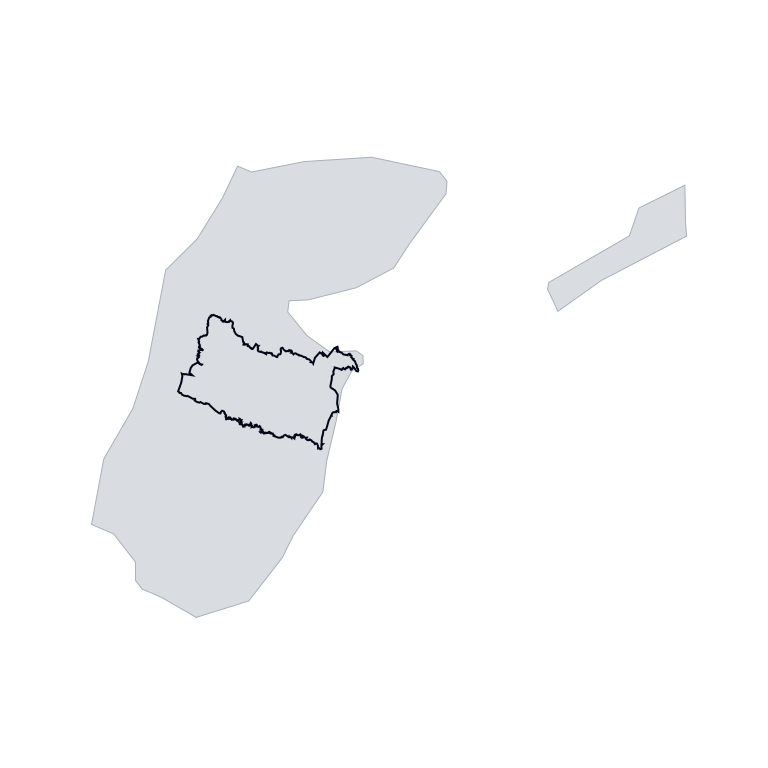 Ramallah & Al Bireh, West Bank, Palestine shown in context, rotated 197°
{"feature_id": "87354302B37341560226836", "entity_name": "Ramallah & Al Bireh", "entity_type": "district", "adm_level": 2, "iso_a3": "PSE", "parent_name": "Palestine", "parent_adm1": "West Bank", "projection": "orthographic", "projection_center": [35.194, 31.945], "detail": "fine", "context": "in_parent", "style": "outline", "palette": "ink", "viewbox_px": 768, "rotation_deg": 197, "n_neighbors": 0, "source": "geoboundaries", "source_scale": "gbopen_adm2", "svg_char_len": 6817}
<svg xmlns="http://www.w3.org/2000/svg" viewBox="0 0 768 768"><g transform="rotate(197 384 384)"><path d="M622.6,164.1L630.1,230.4L617.0,287.1L616.0,336.8L626.1,429.0L605.0,468.3L592.9,514.6L587.7,549.5L572.6,548.0L525.3,573.4L462.3,597.2L392.9,603.3L383.0,596.2L380.3,584.1L400.7,525.4L408.6,497.8L438.6,468.0L481.1,442.3L499.1,435.8L497.1,424.7L471.7,407.7L445.3,398.8L420.2,407.6L412.4,404.9L409.8,397.3L418.6,386.8L422.7,367.1L418.9,334.1L416.3,293.9L410.9,262.9L426.5,212.4L430.4,188.4L449.9,137.0L495.4,105.9L534.6,114.9L555.3,117.2L564.0,123.2L569.7,141.1L598.7,161.6L622.6,164.1ZM238.9,504.4L255.5,522.7L256.0,529.4L192.6,597.5L191.7,626.8L154.4,662.1L142.9,626.7L137.9,613.9L206.3,546.7L238.9,504.4Z" fill="#d9dde1" stroke="#a8b0b8" stroke-width="1"/><path d="M578.7,316.7L578.0,316.6L576.9,315.7L575.5,316.1L574.3,314.9L571.6,314.3L570.5,314.6L569.4,314.5L568.4,315.2L562.7,314.0L560.3,314.6L560.1,314.1L560.3,312.9L558.0,312.2L555.0,312.2L554.2,313.1L550.4,312.3L548.7,312.8L548.8,313.5L548.1,313.7L545.4,313.6L543.8,312.4L537.0,309.1L532.7,307.8L531.8,308.1L531.9,309.1L531.1,311.1L529.2,311.0L527.9,310.0L528.0,309.5L527.6,309.4L527.1,308.5L525.9,308.1L525.7,307.2L526.0,306.4L525.5,305.8L525.2,306.0L524.8,305.5L524.8,304.1L524.6,304.0L523.4,305.0L522.1,305.4L523.4,306.2L523.0,306.5L522.6,306.1L522.5,306.6L521.1,306.3L521.1,306.8L519.6,305.9L519.7,305.5L519.1,305.3L518.8,305.9L517.6,305.8L516.9,306.3L517.4,306.6L517.5,307.2L515.8,307.3L515.7,306.7L515.0,306.7L513.9,305.9L513.3,305.9L514.0,306.4L511.4,307.7L511.9,308.5L511.3,308.4L510.7,307.5L509.7,307.8L509.9,306.5L509.4,306.0L511.3,305.0L510.9,304.7L510.0,305.2L510.7,304.3L510.3,303.6L509.2,304.6L509.4,303.8L508.7,304.1L508.7,303.7L508.1,303.9L506.9,303.4L506.7,303.1L506.8,302.7L506.3,302.0L505.4,302.4L506.0,302.9L505.5,303.2L505.0,304.6L504.5,304.4L505.1,303.4L504.5,304.2L504.3,303.9L503.9,304.3L504.1,304.9L503.8,305.2L503.2,304.8L502.6,305.3L501.4,305.3L501.2,304.7L500.5,304.8L500.6,305.4L499.7,305.9L499.8,306.4L500.3,306.3L500.1,307.8L499.3,307.3L499.1,306.7L499.5,306.0L499.2,305.5L498.1,305.4L498.0,304.1L497.3,304.7L496.3,304.4L495.2,304.9L495.3,305.7L494.9,305.7L494.7,306.4L495.4,306.9L494.2,307.8L493.3,307.4L492.9,306.2L491.1,306.4L490.6,306.7L490.6,307.3L490.2,307.2L489.3,306.3L488.7,304.2L487.9,304.8L487.6,304.4L487.0,304.6L486.9,303.5L486.5,303.6L486.4,303.1L485.8,302.9L488.3,301.8L487.6,301.4L487.1,301.6L487.7,301.6L485.1,302.4L484.7,301.7L483.9,302.1L483.8,301.8L482.5,302.5L482.6,302.9L481.6,302.9L480.7,303.2L480.3,304.4L479.8,304.7L478.6,304.4L479.3,303.8L478.1,303.5L478.3,303.3L475.9,304.1L475.6,303.5L475.0,303.4L474.7,302.9L474.0,302.8L474.3,302.1L469.4,301.8L467.1,302.4L466.6,303.5L466.0,303.3L465.3,303.5L464.8,305.4L463.3,306.5L459.6,305.4L459.5,305.9L459.2,305.5L458.2,306.1L457.3,305.6L457.4,305.8L456.6,306.1L455.3,306.2L454.1,305.8L454.6,307.0L454.2,307.3L453.8,307.0L453.8,307.9L454.6,308.8L453.7,310.0L453.0,310.3L452.6,309.6L450.4,310.1L449.2,311.4L448.7,310.9L447.8,310.8L448.8,310.3L447.9,310.1L447.7,308.8L447.3,308.6L446.1,308.8L445.9,310.2L443.7,309.6L442.1,310.2L442.4,308.6L440.8,307.9L439.1,308.5L439.1,309.2L438.6,309.3L436.8,308.8L435.8,307.9L434.6,308.0L432.4,306.3L431.8,307.3L430.6,307.4L429.2,305.8L428.2,303.2L427.6,303.8L425.9,303.0L424.8,303.8L425.9,306.9L424.9,308.6L426.2,308.3L426.3,308.8L427.5,313.6L427.8,316.0L427.5,316.9L427.9,317.9L427.8,319.4L428.1,319.9L428.3,321.8L427.6,322.6L426.2,323.2L426.0,325.0L426.2,332.7L425.3,338.1L424.7,338.3L425.2,339.4L424.8,341.4L424.0,342.3L421.6,343.0L421.6,344.2L420.6,344.4L419.5,344.1L420.4,346.8L423.2,351.8L424.8,359.2L425.4,360.5L429.0,363.6L433.9,365.0L434.6,366.0L435.4,373.8L436.2,376.2L435.0,378.8L436.1,380.9L435.8,384.7L436.0,385.4L430.9,385.5L428.6,385.1L428.2,386.6L427.6,387.4L426.4,386.6L425.3,386.7L425.1,388.0L424.0,388.5L423.9,389.4L423.4,389.3L423.1,390.2L421.2,389.9L419.9,388.0L419.2,388.3L418.7,389.6L418.9,391.6L417.3,390.8L414.1,388.2L412.6,388.5L412.6,389.5L413.2,390.8L414.4,391.5L415.7,394.2L416.4,394.5L418.4,397.3L420.1,397.8L420.4,399.1L421.4,398.8L421.7,399.3L423.2,400.0L423.2,401.4L424.3,401.9L424.8,401.6L425.5,402.8L426.5,402.4L427.3,401.2L427.2,400.9L431.4,400.4L433.7,401.6L436.0,401.6L436.1,402.1L437.0,402.4L437.8,401.2L438.1,401.3L437.5,402.4L438.2,402.6L438.4,402.1L438.7,402.2L438.2,403.2L439.2,403.4L438.8,403.7L438.7,404.9L439.4,406.0L441.9,403.8L446.0,393.3L451.3,395.9L450.3,393.5L449.2,393.3L449.9,393.1L450.8,393.4L451.7,394.2L452.5,395.4L453.1,394.9L454.7,395.4L457.7,388.9L457.7,382.9L458.4,383.7L460.1,383.5L459.8,384.0L462.7,385.6L465.4,385.5L465.9,386.2L467.2,386.6L468.6,386.3L471.5,386.9L473.7,386.5L473.8,386.9L474.5,387.0L475.4,386.9L477.4,387.5L478.8,386.8L479.2,385.9L480.7,386.8L481.9,386.8L481.5,387.5L481.6,388.2L482.2,388.0L482.7,388.9L483.1,388.9L484.3,388.6L484.3,388.3L484.7,388.5L485.2,387.4L486.0,387.4L487.3,386.5L489.9,387.5L491.7,389.0L492.8,388.2L492.9,387.2L493.4,387.6L492.0,385.1L491.7,382.6L492.1,382.0L493.5,381.5L494.2,379.1L494.0,378.6L494.4,378.4L497.5,379.1L498.9,378.7L499.5,379.2L500.1,380.5L500.9,380.6L501.3,380.1L502.3,380.5L502.9,380.0L505.2,379.9L505.3,378.4L506.2,379.1L506.9,378.9L506.8,378.4L508.4,378.8L509.5,378.6L510.6,379.0L510.6,378.8L512.0,378.5L513.7,378.6L514.5,379.2L514.8,379.9L514.6,380.9L515.5,382.0L515.2,383.2L515.5,383.0L516.1,383.5L516.0,383.9L518.1,384.8L519.7,379.3L520.1,379.0L520.9,379.4L521.0,379.0L523.0,379.7L523.7,380.7L525.4,380.4L525.8,382.1L528.1,381.6L528.1,381.1L529.9,380.6L530.0,382.8L531.0,383.1L533.2,387.4L537.2,387.6L537.6,387.4L540.3,388.5L542.6,390.7L543.8,393.1L545.4,393.5L546.1,395.8L546.1,397.5L546.5,398.7L547.7,399.4L549.0,399.4L549.7,400.1L550.2,398.3L550.8,398.4L550.9,397.9L551.9,397.3L553.7,397.1L554.6,398.0L554.8,398.8L555.4,397.7L555.4,396.8L556.1,396.5L556.5,396.6L556.6,397.2L558.2,397.5L558.4,398.4L560.4,399.8L561.0,399.3L561.7,399.8L562.7,399.5L563.6,400.1L564.3,399.8L567.2,400.3L567.8,399.5L568.8,399.6L569.2,399.2L569.2,398.7L569.7,398.5L569.4,397.7L570.6,396.5L570.8,392.5L569.9,391.2L570.3,389.8L569.3,389.2L569.3,388.2L569.8,386.5L567.8,381.5L567.7,379.3L568.4,378.2L569.0,378.4L569.8,377.7L570.6,377.7L571.6,376.2L573.2,375.6L573.9,373.1L574.9,372.8L573.2,370.5L573.5,369.8L573.1,369.5L573.2,369.2L571.6,367.5L571.8,367.2L571.1,366.3L571.8,365.5L571.7,364.9L571.1,364.4L569.9,364.7L569.5,364.2L568.3,364.2L566.6,363.2L568.7,363.3L571.2,361.8L570.8,361.4L571.0,360.8L570.3,360.5L570.3,360.0L569.6,359.9L570.5,358.5L569.5,357.6L570.3,357.4L569.4,356.4L570.1,356.1L568.9,355.6L569.6,354.3L570.1,354.1L570.0,352.8L569.1,351.6L565.6,349.2L563.8,349.4L564.0,348.9L565.6,349.1L568.4,350.1L572.5,345.9L573.5,342.8L573.4,337.9L569.8,336.3L577.2,335.3L577.6,334.9L578.7,334.9L579.6,334.5L580.3,334.7L579.1,332.6L578.3,326.2L578.7,316.7Z" fill="none" stroke="#020617" stroke-width="2"/></g></svg>